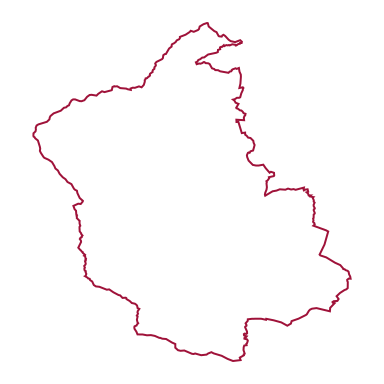 outline of Vulcana-Bai, Dâmbovita, Romania
{"feature_id": "2599482B12480480579347", "entity_name": "Vulcana-Bai", "entity_type": "district", "adm_level": 2, "iso_a3": "ROU", "parent_name": "Romania", "parent_adm1": "Dâmbovita", "projection": "robinson", "projection_center": [25.367, 45.096], "detail": "fine", "context": "isolated", "style": "outline", "palette": "rose", "viewbox_px": 384, "rotation_deg": 0, "n_neighbors": 0, "source": "geoboundaries", "source_scale": "gbopen_adm2", "svg_char_len": 5859}
<svg xmlns="http://www.w3.org/2000/svg" viewBox="0 0 384 384"><path d="M240.6,360.1L239.8,357.6L243.9,355.3L243.7,354.4L244.7,353.7L243.5,350.0L243.7,347.2L244.1,345.9L244.3,345.5L246.6,345.2L246.3,343.9L246.9,343.4L247.6,341.5L247.8,340.6L247.1,339.4L244.4,338.7L244.4,338.1L245.9,337.3L246.7,336.3L244.4,335.7L244.0,335.2L243.9,334.1L244.6,333.6L246.4,333.9L247.1,333.3L247.0,331.5L245.1,327.2L245.2,326.7L246.5,325.7L246.5,325.1L245.6,323.3L247.7,320.9L247.8,319.3L252.0,318.8L259.3,318.7L261.5,318.8L266.0,319.8L266.2,318.8L273.7,320.3L281.3,322.4L287.3,325.7L290.9,323.6L291.6,321.1L298.5,318.7L305.9,315.0L306.8,314.3L308.9,310.8L310.1,309.6L312.0,308.7L316.5,308.1L329.9,311.3L330.2,307.8L334.6,303.2L332.8,302.7L332.5,302.1L333.7,301.2L337.4,300.9L338.6,299.0L336.6,296.2L340.1,292.9L344.4,290.1L346.4,289.3L347.7,288.1L347.8,282.0L347.3,281.0L347.2,279.8L348.7,278.6L350.6,278.7L350.2,276.5L349.1,274.3L348.6,271.8L347.6,270.8L345.5,270.1L344.6,269.2L343.3,269.1L343.1,268.4L340.3,265.1L335.0,262.7L326.3,257.4L320.3,255.4L319.6,254.6L324.5,244.5L328.2,231.5L326.0,230.3L313.4,225.7L314.7,224.5L314.3,223.0L313.3,222.3L313.1,221.6L313.5,220.4L313.1,218.6L313.6,218.0L313.7,214.5L314.5,213.8L314.8,213.1L313.7,210.3L313.8,209.4L314.7,208.7L314.8,208.2L313.7,206.2L313.6,204.9L314.6,202.6L313.7,201.6L313.8,200.3L312.7,197.8L313.4,197.1L309.7,196.4L309.5,196.1L310.5,195.4L308.6,195.3L308.0,193.5L306.6,192.3L308.2,191.7L307.6,189.3L305.2,189.6L303.9,190.4L303.5,189.5L303.9,187.6L295.6,189.8L293.6,189.1L291.1,189.5L288.0,188.6L285.4,189.7L279.8,189.3L276.5,190.6L272.6,191.3L265.2,195.7L264.9,194.8L265.2,192.9L266.5,189.7L266.9,187.3L266.5,183.3L266.8,182.3L266.4,181.2L267.6,180.4L269.2,178.2L268.9,177.2L273.8,176.1L274.2,175.5L274.0,172.8L270.9,171.8L269.6,172.7L265.7,168.2L263.3,164.7L258.8,165.5L255.8,165.5L252.8,164.9L248.6,160.6L247.2,157.1L246.9,155.2L247.9,152.9L248.5,152.5L249.6,152.8L250.5,151.3L253.1,150.5L254.6,145.0L253.6,142.7L253.3,140.8L250.5,138.0L248.1,137.6L246.7,135.8L245.2,134.7L245.1,132.6L241.8,133.1L238.4,121.9L236.5,122.0L236.4,119.7L244.1,120.2L243.8,117.8L244.4,116.1L245.2,115.4L245.5,113.8L243.6,113.2L242.7,111.7L241.4,110.5L240.1,110.4L237.7,108.6L236.5,108.3L236.2,107.8L238.5,103.9L235.6,102.7L234.5,100.7L233.1,99.6L234.8,99.2L236.9,97.8L239.1,97.8L240.2,97.3L241.3,93.3L242.8,90.1L242.9,88.7L243.4,88.0L242.8,87.3L239.4,88.0L240.4,83.7L240.9,76.8L240.8,74.6L239.5,71.7L238.9,68.0L236.7,68.9L235.6,68.3L232.5,69.4L231.8,70.0L231.9,70.3L231.2,71.3L229.6,71.6L228.5,72.8L220.1,71.3L218.1,70.2L215.3,70.1L214.2,69.0L212.0,68.3L209.6,64.0L208.2,63.3L205.5,63.1L204.5,62.1L203.5,62.1L202.5,63.0L200.4,63.7L199.1,63.5L196.7,64.2L195.9,62.3L197.3,61.7L198.3,60.0L200.2,59.2L202.2,57.6L204.2,57.4L208.1,54.5L216.1,52.8L217.8,52.1L218.0,49.9L220.2,49.2L220.0,47.4L221.2,46.8L221.9,47.0L223.8,45.2L224.3,46.1L226.3,45.1L227.9,45.4L229.0,45.0L229.7,45.4L232.3,44.3L235.5,44.8L235.7,45.5L236.4,45.4L238.5,43.9L239.8,43.8L240.0,43.0L241.6,43.0L241.9,41.8L240.2,40.2L235.1,42.1L230.6,41.1L228.6,39.7L225.2,36.0L223.5,34.8L222.4,35.4L221.7,36.6L219.1,36.3L218.6,36.0L216.5,32.1L214.3,31.1L208.7,26.5L207.8,23.2L207.1,23.0L203.5,24.2L199.7,26.5L199.0,29.0L198.0,30.0L193.8,31.8L190.7,30.8L189.7,32.0L185.6,34.7L179.9,36.9L179.9,38.1L179.2,39.2L176.7,40.4L175.7,42.0L174.0,43.3L172.1,44.2L171.7,44.9L171.6,46.6L169.1,48.5L165.9,54.0L164.8,54.1L163.3,55.2L162.9,58.1L162.1,59.1L156.5,61.9L155.6,62.9L155.2,63.6L155.9,65.1L155.6,65.9L154.4,67.3L154.4,68.8L152.9,70.0L152.5,71.2L152.6,72.0L150.1,73.7L149.8,74.5L150.0,75.3L149.4,76.3L148.5,76.6L147.1,78.1L145.6,78.4L145.4,79.5L144.7,80.2L144.8,81.7L143.8,84.9L141.6,87.3L139.0,86.4L134.9,87.8L132.7,87.7L130.6,88.5L130.8,89.9L127.5,89.2L126.3,88.6L120.3,88.1L117.2,86.3L114.6,86.5L114.2,86.2L112.5,87.0L111.8,90.1L111.4,90.3L104.5,92.1L102.0,91.3L98.3,93.8L96.5,95.6L91.6,94.8L89.6,95.0L87.1,96.8L84.4,100.2L81.6,101.2L79.7,101.1L75.1,99.4L73.1,99.4L71.5,100.4L69.7,103.3L69.0,105.3L67.4,106.0L66.2,107.3L63.9,107.8L60.8,110.7L53.6,113.4L50.5,116.0L49.8,117.3L49.4,119.4L46.9,121.8L38.4,124.4L36.6,125.5L35.7,127.8L35.9,129.5L35.5,131.4L33.5,133.3L33.4,135.7L33.6,136.6L34.6,137.2L35.2,138.3L37.9,140.5L39.8,146.6L40.2,148.6L39.9,150.9L40.8,152.8L43.4,156.8L44.3,157.8L48.5,159.7L52.0,162.1L54.4,166.1L55.4,168.5L57.9,170.5L59.6,173.8L62.8,177.3L65.5,179.2L67.5,182.0L71.4,184.1L74.0,188.8L75.2,189.9L76.9,190.7L77.4,193.1L79.7,198.0L82.9,200.9L82.7,201.6L80.7,204.0L78.2,203.7L73.4,205.9L74.6,209.2L76.0,210.7L76.3,214.4L77.0,215.2L76.5,215.9L76.9,216.7L76.8,218.1L79.7,221.0L79.5,221.5L79.6,223.7L80.3,225.8L79.6,226.6L79.5,227.6L79.7,231.4L81.2,233.4L81.3,234.2L82.5,235.5L81.6,236.6L81.8,237.0L81.3,237.6L80.4,237.9L79.8,239.0L80.9,240.6L81.1,241.9L78.3,247.7L80.2,249.9L81.1,250.6L81.8,251.7L82.7,252.1L82.8,252.9L85.0,254.8L84.1,255.7L85.1,256.2L85.5,258.3L85.9,258.6L85.5,259.3L85.9,259.7L85.7,260.7L85.0,261.1L85.7,263.4L85.5,264.5L84.2,266.0L84.9,267.7L84.4,268.4L84.4,269.3L84.7,270.5L85.8,271.2L85.6,272.1L86.3,273.9L85.7,275.9L85.1,276.2L87.6,277.7L88.2,278.5L89.7,278.8L90.1,280.1L92.2,281.5L93.8,285.0L95.9,286.4L99.4,286.8L106.8,289.7L109.2,289.4L113.4,292.3L118.5,295.0L120.2,295.4L122.5,297.9L125.7,297.7L126.3,298.1L126.5,299.1L129.7,301.0L131.8,303.0L134.9,303.7L136.4,304.8L137.1,305.7L137.6,308.1L139.3,308.9L137.7,311.2L137.5,312.4L138.0,313.7L136.8,315.7L137.6,316.4L136.9,319.7L137.5,322.3L138.2,323.2L136.9,324.6L136.6,325.5L134.6,326.3L134.3,327.1L134.5,328.8L136.4,331.7L137.5,334.4L142.7,334.5L147.0,335.3L150.9,335.1L154.8,335.9L159.4,337.9L160.3,337.9L162.3,338.7L166.1,339.0L172.1,342.6L175.3,344.0L175.3,347.7L178.0,350.2L180.6,350.8L184.3,350.5L192.0,353.8L193.7,354.0L195.1,353.5L201.2,355.2L206.6,354.6L208.1,353.5L211.4,352.2L213.7,353.4L221.7,355.8L227.6,358.9L233.0,361.0L240.6,360.1Z" fill="none" stroke="#9f1239" stroke-width="2"/></svg>